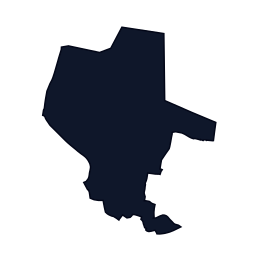 Apapa, Lagos, Nigeria (Albers equal-area conic projection), rotated 190°
{"feature_id": "59680162B5781056238943", "entity_name": "Apapa", "entity_type": "district", "adm_level": 2, "iso_a3": "NGA", "parent_name": "Nigeria", "parent_adm1": "Lagos", "projection": "albers", "projection_center": [3.364, 6.438], "detail": "fine", "context": "isolated", "style": "filled", "palette": "ink", "viewbox_px": 256, "rotation_deg": 190, "n_neighbors": 0, "source": "geoboundaries", "source_scale": "gbopen_adm2", "svg_char_len": 2532}
<svg xmlns="http://www.w3.org/2000/svg" viewBox="0 0 256 256"><g transform="rotate(190 128 128)"><path d="M121.0,35.8L120.8,36.6L118.2,41.5L116.6,40.7L113.4,39.3L110.4,40.4L109.4,41.7L108.3,43.8L107.5,43.7L106.6,43.9L103.7,43.6L101.0,43.2L99.3,42.9L99.2,42.0L99.4,40.3L98.3,39.7L97.2,38.6L96.6,37.4L96.2,36.3L95.2,34.6L94.3,32.8L93.7,32.5L92.5,32.3L92.7,31.6L92.8,30.7L91.5,29.9L90.1,29.7L89.4,29.7L87.1,30.5L83.7,32.0L82.9,31.2L81.7,29.8L81.1,28.8L78.3,29.2L75.6,30.0L73.8,30.6L72.6,31.1L70.4,32.1L68.8,32.9L65.7,34.8L64.3,35.8L58.8,39.8L61.4,41.0L63.2,41.2L65.3,41.4L66.5,42.0L68.2,43.3L71.2,45.4L73.3,47.2L74.9,48.1L76.2,48.4L77.4,48.5L78.7,48.3L79.5,47.8L81.0,47.0L83.1,45.5L84.6,44.4L86.0,43.9L87.1,43.9L86.9,44.1L86.8,44.4L86.9,45.0L87.5,47.6L87.9,49.7L88.1,52.3L88.2,53.4L88.1,57.3L91.0,57.8L92.3,58.3L93.6,59.1L94.4,59.4L97.5,59.4L99.3,59.3L99.2,59.7L99.2,60.9L99.2,63.3L100.3,65.5L100.5,66.0L100.8,66.7L100.9,67.7L100.8,70.8L101.0,73.3L101.0,75.2L101.5,76.7L100.9,79.3L100.7,81.5L100.8,87.1L96.3,87.3L93.3,87.4L91.1,87.7L89.4,88.0L88.4,87.9L88.4,88.2L88.2,89.0L88.0,91.1L87.6,91.6L87.1,92.9L88.5,93.2L89.4,93.2L89.5,98.1L89.5,102.4L86.4,109.4L84.7,113.0L83.9,114.7L83.7,116.8L83.6,121.4L83.6,126.8L83.5,129.7L83.7,130.9L83.7,131.4L82.2,132.0L80.4,132.6L74.0,132.5L71.0,131.7L66.3,129.9L64.0,129.2L61.6,128.8L60.3,129.3L58.3,129.2L56.1,129.0L54.7,128.8L54.6,129.3L54.0,129.2L53.3,129.0L51.8,128.7L51.1,129.6L49.3,129.8L48.8,129.4L48.5,129.7L42.3,130.2L41.7,130.4L42.1,138.2L42.5,148.7L67.8,154.4L96.3,161.3L96.7,161.7L109.1,227.2L151.5,226.2L158.8,203.5L169.1,197.4L200.9,198.5L207.6,196.1L207.3,193.7L208.4,184.7L208.6,182.5L209.4,175.0L210.0,169.4L210.7,164.5L211.3,161.8L212.5,158.1L213.7,152.5L214.2,150.3L214.2,142.0L214.1,138.2L213.8,132.7L214.3,131.0L214.2,125.7L212.3,125.3L211.5,124.3L211.1,123.5L210.6,122.8L209.3,121.3L207.5,119.5L205.9,117.8L205.6,117.5L205.0,117.0L204.0,116.3L202.7,115.4L201.1,114.3L200.1,113.6L199.5,113.2L192.5,108.3L189.5,106.2L187.2,104.6L184.9,103.1L181.7,101.2L178.0,99.1L175.3,97.6L173.3,96.4L169.9,94.6L167.8,93.6L166.8,93.1L165.2,92.2L164.6,91.8L164.0,91.4L163.4,90.9L162.1,89.7L161.2,88.7L159.6,86.6L158.9,85.3L158.2,83.5L158.0,82.2L158.0,80.5L158.0,79.5L158.1,77.9L158.1,76.7L158.0,75.2L158.0,73.0L158.3,71.3L159.9,68.1L162.1,66.7L157.0,60.2L156.3,60.3L154.9,58.0L153.8,54.7L153.1,52.4L149.0,51.5L144.4,51.6L139.9,52.4L139.2,50.4L137.5,45.9L135.6,41.3L133.4,39.9L131.6,39.2L128.8,38.5L126.8,38.4L123.6,37.1L121.0,35.8Z" fill="#0f172a" stroke="#020617" stroke-width="1.5"/></g></svg>